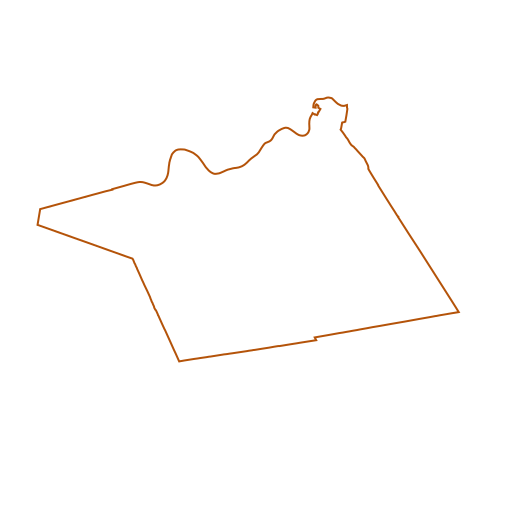 Eemnes, Utrecht, Netherlands (orthographic projection), rotated 235°
{"feature_id": "6326949B88613917422763", "entity_name": "Eemnes", "entity_type": "district", "adm_level": 2, "iso_a3": "NLD", "parent_name": "Netherlands", "parent_adm1": "Utrecht", "projection": "orthographic", "projection_center": [5.28, 52.255], "detail": "fine", "context": "isolated", "style": "outline", "palette": "amber", "viewbox_px": 512, "rotation_deg": 235, "n_neighbors": 0, "source": "geoboundaries", "source_scale": "gbopen_adm2", "svg_char_len": 6054}
<svg xmlns="http://www.w3.org/2000/svg" viewBox="0 0 512 512"><g transform="rotate(235 256 256)"><path d="M406.8,94.9L376.7,116.3L344.9,138.9L329.8,149.6L324.7,153.3L323.3,153.2L319.5,152.3L318.6,152.3L316.3,151.7L314.8,151.6L314.0,151.3L308.1,150.2L301.2,148.8L299.8,148.6L296.2,147.9L289.4,146.8L282.9,145.6L281.8,145.2L279.7,144.8L279.3,144.6L277.7,144.3L277.0,144.3L275.5,143.9L273.1,143.5L272.1,143.0L269.7,142.7L269.1,142.9L267.7,142.7L264.5,142.1L263.8,141.8L262.9,141.8L261.5,141.5L256.8,140.6L254.2,140.1L248.7,139.1L247.6,139.0L235.9,136.8L226.0,134.9L222.5,134.3L213.7,132.6L213.4,133.2L213.3,133.6L212.7,134.8L211.5,137.4L207.0,146.6L205.5,149.5L204.5,151.6L201.6,157.3L200.4,159.9L199.8,160.9L194.3,172.2L193.8,173.3L193.0,174.7L192.1,176.4L191.2,178.3L190.0,180.6L189.0,182.6L186.7,187.2L184.9,190.8L183.9,192.8L183.1,194.4L182.5,195.8L181.2,198.3L180.9,198.9L180.6,199.7L179.8,201.1L176.8,207.3L173.5,214.0L171.7,217.9L171.3,218.8L169.6,222.3L169.3,222.8L168.7,223.7L168.6,223.9L168.1,224.9L164.5,232.4L162.4,236.7L161.3,238.9L159.8,242.1L153.1,255.8L152.5,257.0L155.6,257.4L154.5,259.8L149.9,269.6L145.1,280.0L143.9,282.4L143.5,283.2L142.0,286.5L140.8,289.0L139.5,291.9L137.4,296.3L136.4,298.6L133.1,305.7L131.0,310.4L127.7,317.3L123.1,327.2L118.2,337.6L117.2,339.7L111.4,352.3L110.8,353.6L108.6,358.3L106.3,363.2L103.9,368.5L103.5,369.2L101.9,372.8L93.8,389.9L99.2,390.2L107.5,390.6L132.5,391.7L166.4,393.2L187.0,393.9L205.7,394.7L206.4,394.7L206.6,395.1L207.5,394.9L208.0,394.8L213.2,395.1L219.0,395.3L221.2,395.4L223.0,395.5L227.6,395.7L243.1,396.5L244.5,396.7L244.5,396.8L252.3,397.2L257.2,397.5L261.2,397.8L263.0,398.0L263.4,398.4L264.1,398.8L265.1,399.3L265.7,399.5L266.5,399.7L270.8,400.3L273.5,400.8L274.2,400.8L276.5,400.3L276.9,400.3L283.8,399.4L285.9,399.2L287.5,398.9L289.4,398.7L289.9,398.5L291.9,397.8L292.1,397.8L292.7,397.7L294.8,397.7L296.1,397.8L297.6,398.0L299.2,398.1L299.9,398.1L301.6,397.9L301.8,397.9L303.4,398.0L307.3,398.0L309.1,397.9L311.0,397.8L311.4,398.5L312.2,399.4L313.2,400.4L314.5,401.7L315.9,403.1L315.9,403.3L315.2,404.7L314.8,406.2L319.4,410.8L323.5,414.7L324.2,415.3L325.4,415.7L327.5,417.1L328.1,415.2L328.3,414.6L328.6,414.0L329.0,413.5L329.7,412.7L330.3,412.1L330.6,411.9L332.5,410.9L333.7,410.3L334.1,410.2L335.6,409.8L337.6,409.4L340.4,408.9L341.5,408.7L342.1,408.3L342.3,408.2L343.0,407.5L343.5,407.0L344.0,406.6L344.3,406.2L344.7,405.5L344.9,405.2L345.0,405.0L345.8,402.0L346.0,401.6L346.1,401.3L346.2,401.2L346.4,400.7L347.4,399.3L348.1,398.1L348.9,396.8L349.2,396.3L349.3,396.0L349.3,395.7L349.4,395.1L349.4,394.8L349.3,394.2L349.2,393.6L348.9,393.1L348.7,392.7L348.3,391.8L347.8,391.0L347.4,390.4L347.1,390.1L346.5,389.5L344.9,388.2L343.3,389.9L344.0,390.4L344.7,390.9L345.0,391.2L345.1,391.3L345.4,391.7L345.6,392.1L345.6,392.5L345.4,392.6L344.7,392.9L343.9,393.0L343.5,393.2L343.4,393.1L343.1,393.0L342.5,392.7L342.0,392.3L341.7,392.1L339.5,393.1L338.3,390.5L338.1,389.8L338.1,389.3L338.0,389.2L337.7,389.2L337.5,388.6L337.4,388.5L337.2,388.3L337.0,388.2L336.7,387.6L336.4,386.8L338.0,385.8L337.9,385.6L338.1,385.4L338.3,385.1L338.8,385.0L340.6,384.3L340.3,383.8L339.7,382.8L338.8,380.8L338.4,380.1L338.1,379.6L337.9,379.4L337.4,378.6L337.0,378.2L335.9,377.1L334.2,375.8L333.7,375.4L333.2,375.1L332.7,374.8L331.5,374.0L330.4,373.3L329.4,372.6L329.1,372.3L328.8,372.0L328.3,371.3L327.8,370.6L327.3,369.8L327.1,369.2L326.9,368.6L326.8,367.9L326.7,367.2L326.7,366.8L326.7,366.2L326.8,365.6L326.8,365.2L327.2,364.3L327.6,363.5L327.8,363.1L328.0,362.9L328.6,362.2L329.3,361.5L330.0,360.9L330.5,360.5L330.8,360.4L331.3,360.1L333.3,359.2L333.7,359.1L336.1,358.3L339.2,357.2L340.6,356.6L341.0,356.4L342.1,355.8L342.5,355.6L342.7,355.4L343.3,354.8L343.8,354.2L344.2,353.7L344.4,353.2L344.8,352.1L345.0,351.3L345.3,350.1L345.4,349.5L345.5,348.5L345.6,347.4L345.7,346.7L345.7,345.9L345.7,345.2L345.6,344.3L345.5,343.8L345.3,342.6L345.0,341.0L344.6,340.1L342.8,336.6L342.7,336.2L342.4,335.4L342.4,335.2L342.2,334.5L342.2,333.7L342.2,333.4L342.2,333.1L342.2,332.7L342.3,332.2L343.0,329.1L343.1,328.8L343.1,328.3L343.1,328.1L343.1,327.6L343.0,327.2L342.9,326.8L342.6,325.8L342.4,325.1L342.1,324.4L341.5,322.8L340.3,320.0L339.8,318.8L339.5,318.2L339.3,317.6L339.1,316.8L338.9,315.8L338.7,315.1L338.7,314.3L338.7,313.7L338.7,312.8L338.6,307.9L338.4,306.4L338.3,305.3L337.8,302.7L337.6,301.3L337.5,300.0L337.4,299.3L337.4,298.6L337.5,297.0L337.6,295.9L337.7,295.6L338.0,294.3L338.5,292.6L339.0,291.5L339.7,290.0L340.3,289.0L341.1,287.3L341.5,286.2L341.8,285.4L342.9,282.5L343.1,281.7L343.3,280.8L343.4,280.4L343.5,279.8L343.8,278.0L344.3,275.6L344.4,275.0L344.6,274.2L344.9,273.1L345.1,272.7L345.7,271.5L346.1,270.7L346.5,270.0L346.9,269.4L347.1,269.2L347.6,268.7L348.3,268.2L348.7,268.0L350.0,267.3L351.3,266.8L352.5,266.5L353.1,266.3L355.0,266.1L357.5,265.8L358.0,265.8L362.7,265.9L366.9,265.8L368.6,265.7L370.1,265.6L371.6,265.3L372.4,265.1L374.2,264.5L376.0,263.9L376.3,263.8L378.4,262.6L380.0,261.6L381.0,260.9L383.2,259.3L383.9,258.8L384.3,258.4L385.1,257.4L386.0,256.2L386.5,255.6L387.8,253.4L387.9,253.2L388.0,252.8L388.3,251.9L388.5,251.0L388.5,250.8L388.5,250.3L388.5,249.9L388.3,248.6L388.2,247.7L387.9,246.8L387.8,246.4L387.5,245.5L387.2,245.0L386.5,244.1L385.6,242.8L385.1,242.2L384.2,240.9L383.4,240.0L382.1,238.5L381.4,237.9L379.4,236.0L375.8,232.9L374.6,231.8L374.1,231.3L373.7,230.8L372.7,229.7L372.2,228.9L371.7,228.2L371.2,227.4L370.9,226.9L370.7,226.3L370.4,225.7L370.2,225.2L369.8,224.0L369.7,223.5L369.6,222.6L369.5,221.6L369.5,221.1L369.6,220.2L369.7,218.8L369.8,218.2L370.1,217.1L370.5,215.9L370.6,215.6L371.0,214.9L371.2,214.5L371.8,213.6L372.1,213.1L372.5,212.6L372.9,212.3L373.9,211.3L374.2,211.1L377.7,208.6L379.9,206.9L380.6,206.3L381.5,205.5L381.8,205.1L382.6,204.2L383.1,203.5L383.5,202.9L383.8,202.3L384.3,201.3L384.6,200.6L385.3,198.9L386.5,195.7L386.6,195.4L386.7,195.2L388.5,190.0L389.2,187.9L390.8,183.4L393.2,176.6L392.7,176.4L395.2,170.1L396.0,167.9L398.1,162.0L399.9,157.1L400.7,154.8L418.2,106.1L406.8,94.9Z" fill="none" stroke="#b45309" stroke-width="2"/></g></svg>